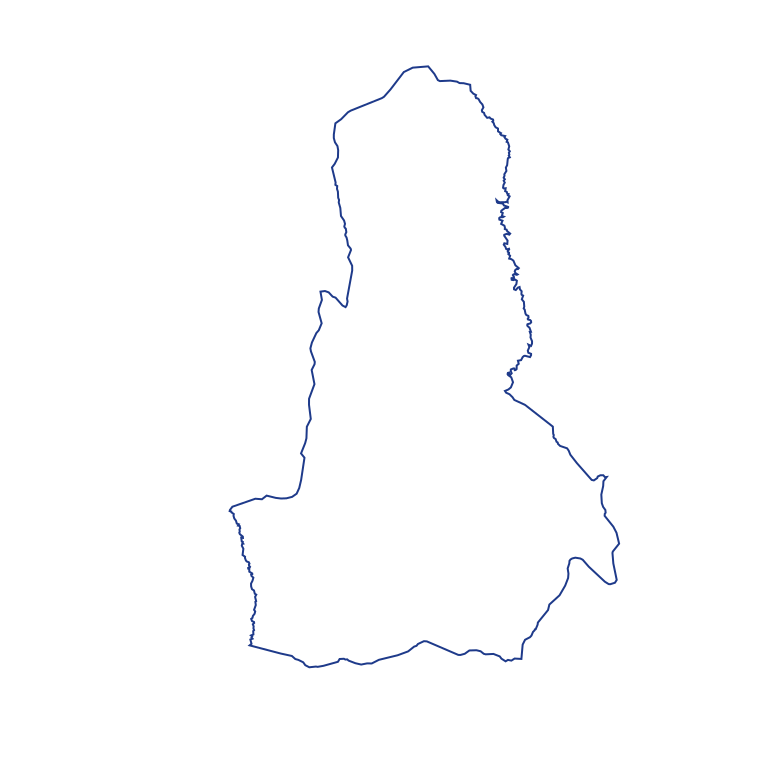 Befale, Équateur, Democratic Republic of the Congo (orthographic projection), rotated 256°
{"feature_id": "63176286B4133354906354", "entity_name": "Befale", "entity_type": "district", "adm_level": 2, "iso_a3": "COD", "parent_name": "Democratic Republic of the Congo", "parent_adm1": "Équateur", "projection": "orthographic", "projection_center": [21.248, 0.596], "detail": "fine", "context": "isolated", "style": "outline", "palette": "blue", "viewbox_px": 768, "rotation_deg": 256, "n_neighbors": 0, "source": "geoboundaries", "source_scale": "gbopen_adm2", "svg_char_len": 6154}
<svg xmlns="http://www.w3.org/2000/svg" viewBox="0 0 768 768"><g transform="rotate(256 384 384)"><path d="M84.0,450.8L97.6,455.5L101.7,459.0L103.0,464.4L104.2,466.2L107.4,468.6L108.6,470.6L109.4,471.0L109.4,471.9L113.3,474.8L115.3,475.6L125.0,488.5L130.0,491.1L136.5,503.2L144.5,511.0L151.2,515.7L155.4,517.1L160.6,517.6L165.1,520.4L167.5,521.2L168.6,522.5L169.2,524.4L169.2,527.6L167.2,532.3L165.4,534.3L157.2,538.5L138.7,550.5L135.5,553.6L135.0,555.1L135.2,558.4L135.3,560.0L137.6,562.4L154.4,563.1L164.8,564.8L166.1,565.5L172.2,573.5L183.4,573.6L190.1,572.0L202.7,566.2L204.6,566.8L205.5,567.9L208.2,568.3L211.7,566.9L215.6,566.5L224.1,568.1L232.0,572.0L236.6,573.4L239.9,577.6L240.1,575.9L242.4,574.7L243.1,571.9L242.5,569.0L241.1,568.1L239.7,564.3L240.7,562.3L260.6,552.0L270.3,547.7L274.6,547.1L277.3,546.1L281.3,539.9L283.9,538.3L285.2,538.4L286.3,537.4L289.0,537.2L290.6,535.8L291.8,535.6L293.4,536.4L294.6,536.1L301.8,537.5L329.6,515.8L337.0,506.6L340.1,505.5L343.7,503.3L346.0,500.4L348.0,499.7L348.6,503.4L350.0,506.3L354.5,509.6L359.7,509.1L362.6,506.6L363.7,506.3L364.8,506.9L364.8,508.1L362.6,508.1L362.2,508.7L363.5,510.5L365.8,510.1L367.4,510.6L367.8,513.3L367.5,514.2L365.8,514.2L365.7,515.0L366.4,516.3L369.8,517.2L371.0,519.6L374.2,519.6L374.0,522.8L376.6,525.1L377.3,526.5L377.3,527.6L374.8,532.2L376.4,533.7L377.7,534.0L379.4,531.6L381.6,531.6L384.7,534.0L387.2,533.7L385.4,535.9L387.4,537.4L389.7,538.0L393.7,537.4L396.2,538.3L399.3,538.1L399.1,539.2L403.4,538.8L405.5,537.3L406.5,537.2L407.3,537.7L407.4,540.5L408.2,541.7L409.6,541.9L410.7,541.3L411.7,539.4L412.4,539.2L413.7,540.4L415.2,540.5L416.5,538.8L418.0,538.3L422.2,538.5L423.5,537.8L425.1,538.8L429.9,539.6L432.8,538.2L436.1,540.4L437.2,539.2L438.1,539.1L440.7,540.0L442.9,538.8L445.3,539.0L445.1,537.2L443.3,534.6L444.4,533.1L446.0,533.4L448.9,536.6L452.1,537.9L453.6,536.5L453.5,534.6L454.2,533.1L455.8,533.3L455.9,533.9L454.9,534.8L455.0,535.6L456.4,536.0L458.5,535.4L458.9,535.9L459.1,537.0L457.8,539.3L458.0,540.1L459.8,538.4L461.7,538.1L462.8,538.9L463.5,540.4L463.1,541.8L463.8,542.8L467.4,540.2L472.4,539.4L474.3,537.8L475.4,535.8L477.9,537.4L480.0,536.1L480.4,536.9L481.2,537.1L482.3,536.1L483.2,536.2L484.3,538.0L485.0,538.0L484.9,536.4L485.5,535.2L487.7,535.0L490.2,533.9L491.4,534.8L490.1,537.5L493.3,538.6L498.8,536.5L499.7,536.8L500.0,539.4L498.6,541.7L499.4,542.8L502.5,540.5L504.1,540.3L505.1,538.7L506.7,539.2L508.5,539.1L511.0,536.4L513.8,538.5L515.6,535.7L517.1,535.9L517.7,537.1L517.1,539.6L517.4,540.7L518.6,539.0L521.2,540.6L522.5,539.2L523.8,539.8L525.5,543.9L525.0,546.2L525.2,547.1L525.8,547.3L528.2,543.6L530.4,542.9L532.2,538.2L533.1,537.6L535.1,537.7L533.1,539.0L532.3,540.5L531.1,545.5L531.2,546.8L530.3,547.9L532.5,548.3L535.7,551.3L537.1,549.9L538.1,550.8L538.8,549.6L540.7,549.6L541.8,548.2L544.5,549.4L544.8,547.5L545.6,547.0L548.3,548.1L550.2,549.9L552.3,549.3L553.4,550.8L555.2,550.0L556.9,551.3L558.4,551.5L561.1,554.3L564.5,554.6L566.5,556.4L572.6,558.6L573.3,559.2L573.5,560.9L575.5,560.3L576.2,561.1L578.2,561.1L579.4,562.4L581.4,561.4L584.3,563.0L588.5,562.7L589.3,561.6L591.2,562.8L592.5,561.3L594.4,560.6L595.3,561.5L597.0,558.0L598.4,557.3L599.1,558.2L601.5,555.8L604.3,556.4L606.1,554.4L608.5,553.6L610.5,553.6L612.3,552.6L612.9,553.7L614.2,553.8L615.8,551.6L617.2,550.9L617.3,548.5L620.9,546.7L622.8,546.7L624.4,545.1L626.0,545.2L628.4,547.4L631.4,547.1L634.4,545.5L637.5,544.7L638.5,543.9L639.1,542.5L641.0,542.3L642.1,543.2L644.1,540.9L647.5,539.0L653.5,540.0L656.6,534.0L657.7,530.1L659.7,528.0L662.3,521.8L664.4,511.5L665.8,509.8L672.7,507.9L681.5,503.7L684.0,488.4L681.9,478.7L668.2,461.5L662.7,453.5L661.9,451.1L657.3,417.9L656.4,414.8L651.3,406.5L648.7,399.9L638.3,395.7L634.8,394.8L630.4,394.9L626.1,396.4L622.0,396.1L614.9,394.1L609.5,389.4L606.7,385.9L591.3,385.8L589.0,385.0L587.4,386.5L584.7,385.6L581.8,385.8L575.8,384.6L573.4,384.9L571.1,384.0L565.4,384.2L557.4,382.9L552.3,384.8L548.8,384.9L546.5,383.6L545.3,383.7L544.0,384.5L540.5,384.2L538.5,382.6L537.4,382.4L535.2,383.1L532.3,383.1L527.3,382.6L523.4,384.4L522.0,384.4L515.6,379.8L506.4,381.7L501.8,380.6L475.8,368.8L472.8,368.6L469.3,366.8L467.9,365.3L470.2,362.7L479.5,357.9L481.2,355.3L486.3,352.5L488.5,349.2L489.0,344.7L480.6,344.1L473.0,339.0L469.7,337.9L458.0,338.2L451.9,333.7L449.8,330.7L441.7,324.1L436.4,321.2L433.3,321.0L422.2,322.2L420.0,321.4L415.1,317.2L400.7,316.5L387.8,307.7L381.9,306.2L367.8,304.5L361.2,298.8L350.1,295.6L345.7,293.2L336.7,286.7L331.7,289.0L311.0,280.4L303.6,276.6L298.7,272.7L296.7,267.5L296.7,261.6L297.8,256.4L299.7,251.4L304.1,243.1L301.7,237.7L303.8,231.4L301.6,207.2L299.0,204.0L298.0,203.5L297.2,205.0L296.4,204.9L294.2,206.8L292.5,206.1L289.7,206.2L287.2,207.3L284.2,207.4L283.0,209.2L281.9,208.1L281.2,209.6L278.8,209.6L277.9,208.6L275.6,208.3L274.7,207.6L273.2,207.8L270.1,210.1L268.8,209.9L269.4,208.3L265.8,207.9L264.9,208.8L264.3,208.3L263.1,208.8L263.1,207.7L261.5,206.9L258.2,207.7L252.3,205.4L250.0,207.4L248.9,207.0L246.1,207.3L244.9,208.0L243.8,209.7L242.2,210.0L241.7,209.3L240.4,209.1L239.0,209.8L237.9,208.8L238.5,208.3L238.4,207.7L237.6,207.6L237.0,208.5L234.5,207.9L232.1,210.3L231.4,210.2L231.2,209.0L229.8,209.0L227.7,210.4L224.9,208.8L222.5,206.7L219.7,206.1L216.8,206.3L215.1,207.9L211.8,207.9L210.5,209.1L208.6,207.4L204.2,207.4L203.8,206.5L200.5,206.1L196.3,203.3L194.5,204.0L192.3,202.8L190.7,200.7L188.9,199.8L188.2,198.3L185.9,198.6L184.5,200.3L183.5,200.2L182.6,198.6L180.4,198.9L178.5,198.2L176.6,198.4L175.9,197.3L172.6,196.7L172.2,194.2L171.1,195.1L170.1,194.1L168.7,194.8L168.4,192.5L164.0,192.6L162.9,190.4L147.5,218.5L142.4,228.8L138.6,231.4L137.0,234.2L133.5,238.3L130.2,239.6L127.2,243.0L126.3,249.6L125.6,251.2L125.2,257.1L125.6,272.1L127.9,274.4L127.1,278.6L126.0,279.8L125.7,281.7L124.2,282.7L120.0,288.7L117.3,294.0L117.0,300.0L115.8,304.5L117.6,312.3L117.5,331.6L118.7,342.7L121.9,349.7L122.1,352.2L123.5,354.0L124.8,360.5L123.9,363.3L103.2,390.5L102.6,392.6L102.7,397.1L104.8,402.4L103.3,409.3L101.3,413.1L98.1,415.5L97.1,417.3L95.6,424.9L91.7,430.4L89.1,431.5L85.5,434.9L86.3,437.5L84.8,440.7L86.0,444.3L84.0,450.8Z" fill="none" stroke="#1e3a8a" stroke-width="2"/></g></svg>